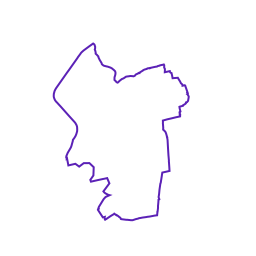 Haarlem, Noord-Holland, Netherlands, rotated 154°
{"feature_id": "6326949B1246311998557", "entity_name": "Haarlem", "entity_type": "district", "adm_level": 2, "iso_a3": "NLD", "parent_name": "Netherlands", "parent_adm1": "Noord-Holland", "projection": "robinson", "projection_center": [4.639, 52.384], "detail": "fine", "context": "isolated", "style": "outline", "palette": "violet", "viewbox_px": 256, "rotation_deg": 154, "n_neighbors": 0, "source": "geoboundaries", "source_scale": "gbopen_adm2", "svg_char_len": 5417}
<svg xmlns="http://www.w3.org/2000/svg" viewBox="0 0 256 256"><g transform="rotate(154 128 128)"><path d="M68.0,169.4L69.6,169.7L70.1,169.9L71.9,170.3L72.1,170.2L72.8,170.3L73.0,170.4L74.1,170.6L74.5,170.6L75.1,170.5L75.6,170.7L76.2,170.9L76.9,171.1L81.0,172.1L81.4,172.0L81.9,172.1L81.8,172.3L84.0,172.9L84.8,172.9L84.8,173.0L85.9,173.0L87.1,173.2L87.5,173.3L88.3,173.3L89.1,173.3L89.4,173.1L90.6,173.0L92.7,172.8L92.9,172.7L93.5,172.3L94.0,172.8L94.4,172.8L94.5,172.6L94.8,172.6L96.3,172.6L96.9,172.7L97.1,172.7L97.9,172.5L98.7,172.1L98.9,172.0L99.4,172.0L99.5,172.0L99.8,172.0L100.3,172.0L100.9,172.4L101.8,173.0L103.1,173.7L104.8,174.2L106.2,174.7L107.0,174.9L107.3,175.0L108.0,174.9L108.6,174.8L109.9,174.6L111.0,174.6L112.3,174.7L112.5,174.6L114.8,174.1L116.6,173.5L117.4,173.3L117.7,173.6L118.0,173.9L118.2,174.3L118.4,174.8L118.4,175.2L118.6,175.8L119.0,176.7L119.1,177.1L119.0,177.3L118.7,177.9L118.1,179.1L117.7,179.7L116.6,180.8L116.3,181.2L115.8,181.8L115.4,182.4L115.3,182.7L115.0,183.2L114.9,183.6L114.7,184.6L114.8,184.9L115.0,185.5L115.2,186.2L115.9,187.7L116.3,188.6L116.4,188.8L116.9,189.4L117.1,189.8L119.1,191.8L119.4,192.1L120.1,192.6L120.9,193.3L121.3,193.6L122.3,194.5L122.7,195.0L123.4,196.5L123.5,197.0L123.3,197.7L123.3,198.0L123.3,198.3L123.4,199.3L123.4,199.9L123.5,200.3L123.6,201.4L123.6,202.4L123.6,204.1L123.5,204.7L123.3,205.4L123.4,205.7L123.7,206.6L123.9,207.5L124.5,208.9L124.5,209.0L124.2,209.6L124.0,209.9L123.6,211.6L123.5,212.0L123.5,213.0L122.5,214.2L122.3,214.7L122.0,215.2L121.9,215.4L121.9,215.7L121.7,216.7L121.7,217.2L121.6,217.6L121.8,218.3L121.9,218.5L122.3,219.2L127.1,218.4L134.1,217.1L135.1,216.8L136.2,216.5L137.0,216.2L137.7,215.9L138.1,215.6L140.6,214.3L141.8,213.7L142.9,213.0L155.3,206.2L158.7,204.4L175.0,195.4L175.8,194.9L176.5,194.4L177.3,193.8L177.9,193.3L178.4,192.7L179.1,191.9L179.7,191.2L180.3,190.1L180.7,189.4L180.9,188.9L181.1,188.3L181.2,187.9L181.3,186.9L181.4,185.7L181.4,185.1L181.3,184.5L181.2,183.9L181.2,183.7L181.0,183.0L180.7,182.2L179.8,179.1L179.1,176.8L175.7,164.6L173.4,156.7L173.2,155.8L173.1,155.2L173.1,154.8L173.0,153.2L173.1,152.4L173.2,151.7L173.4,151.0L173.8,150.1L173.9,149.8L174.0,149.7L174.3,148.9L175.2,147.3L175.4,147.1L176.1,146.3L177.2,145.1L178.0,144.4L178.7,143.8L179.3,143.4L180.9,142.4L181.3,142.2L182.7,141.5L183.0,141.0L183.5,140.3L185.2,138.4L186.5,136.9L187.5,135.9L188.4,135.2L191.7,133.0L192.8,132.3L193.3,131.9L195.0,130.4L195.5,130.0L195.9,129.5L196.3,128.9L196.5,128.5L196.4,127.9L196.4,127.6L196.5,127.4L196.1,127.5L198.0,120.5L191.0,118.9L188.8,114.7L183.2,115.8L178.1,113.4L178.0,113.2L176.0,107.8L179.9,100.5L184.6,97.9L184.8,96.0L177.9,94.4L168.7,92.1L169.0,86.4L177.9,81.8L177.7,81.0L177.6,80.6L177.5,80.3L177.1,79.5L176.7,78.8L176.0,77.9L175.2,76.8L174.7,76.3L174.0,75.7L177.1,75.8L177.7,75.8L178.2,75.8L178.8,75.7L179.4,75.4L180.5,75.0L181.3,74.6L188.7,69.9L190.4,68.2L190.0,68.0L190.3,67.7L190.5,67.7L190.8,67.8L190.9,67.7L190.8,66.7L189.8,58.7L187.9,58.3L188.0,58.2L188.2,57.9L188.6,56.9L188.9,55.9L188.8,55.6L188.2,55.7L187.3,55.7L186.3,55.9L185.6,56.0L184.1,56.2L182.0,56.5L179.8,56.7L178.4,56.8L177.9,57.0L176.7,54.7L176.4,54.8L175.2,52.7L175.1,52.2L174.5,51.2L174.3,50.7L174.2,50.3L174.3,49.4L174.2,49.2L173.8,48.9L170.6,46.8L170.0,46.4L168.5,45.6L167.6,45.0L167.1,44.7L166.3,44.2L165.9,43.9L165.2,43.6L164.5,43.2L164.2,43.1L163.4,43.0L162.8,42.9L161.1,42.7L159.7,42.4L158.9,42.2L157.8,42.1L157.5,42.1L156.7,41.8L154.1,41.1L150.5,39.9L149.6,39.7L147.3,38.9L145.8,38.5L145.1,38.3L144.8,38.2L142.8,37.7L140.1,36.8L138.8,38.9L138.4,39.7L138.2,39.7L136.7,42.0L136.3,42.6L136.1,43.0L135.9,43.3L135.3,44.6L134.9,45.3L134.7,45.6L134.5,45.9L133.3,47.9L132.0,50.2L131.1,50.2L131.0,50.6L130.9,51.7L130.8,52.5L129.9,53.7L128.9,55.2L127.5,57.5L126.7,58.8L124.6,61.9L123.3,63.8L122.6,64.4L122.2,65.0L121.7,65.7L121.3,66.3L120.3,67.7L118.7,70.0L117.9,71.2L117.7,71.5L116.9,72.6L116.7,72.9L109.5,71.2L108.8,72.9L108.5,73.6L106.3,79.0L105.9,80.1L105.5,80.8L103.5,86.0L101.1,91.8L100.3,93.7L97.9,99.4L97.6,100.1L97.4,100.9L97.2,101.5L97.0,102.6L96.8,102.6L96.6,104.0L96.2,106.2L96.1,107.4L96.1,108.3L96.2,108.6L96.7,110.1L96.8,110.4L97.1,111.0L97.0,111.4L96.6,112.1L96.3,112.6L96.2,112.8L96.1,113.2L95.6,114.3L95.2,115.4L95.0,115.8L94.7,116.7L94.0,118.0L93.4,119.4L89.0,118.6L84.7,117.6L80.1,116.6L76.1,115.6L75.4,116.9L75.6,117.0L75.2,117.9L75.4,117.9L74.9,119.1L74.9,119.3L74.5,119.8L74.4,119.8L74.1,119.7L73.7,119.8L73.7,120.0L73.5,120.4L73.5,120.6L73.4,121.0L73.0,122.9L72.5,124.5L72.3,124.5L72.1,124.5L69.0,123.9L68.9,124.2L68.7,124.3L67.3,124.4L67.2,124.4L66.5,124.5L65.8,124.6L65.2,124.8L64.9,125.0L64.9,125.4L64.8,125.5L64.7,125.6L63.8,125.4L63.6,125.4L62.3,126.0L62.1,126.1L61.6,126.8L60.2,128.7L59.7,129.5L59.6,129.8L59.6,130.0L59.7,131.4L59.7,132.0L59.8,132.2L59.7,132.2L59.3,132.4L59.1,133.3L59.2,133.9L59.3,134.0L59.2,134.1L58.9,133.9L58.4,137.9L58.1,140.6L58.0,140.8L58.0,141.0L58.1,141.3L58.3,141.6L60.5,142.1L60.3,142.6L60.1,143.2L60.2,143.6L60.8,145.0L60.8,145.5L60.8,146.3L60.8,147.3L60.9,147.8L61.1,149.9L61.2,151.3L66.1,153.2L65.9,153.8L65.9,154.0L65.6,154.9L65.2,156.6L64.8,158.3L65.0,158.5L65.3,158.9L65.4,159.0L65.5,159.2L65.6,159.5L65.7,159.8L65.7,160.1L65.5,160.8L70.5,162.0L70.3,162.4L70.0,162.8L69.6,163.6L69.1,164.7L69.0,164.8L68.9,165.5L69.0,166.0L69.0,166.4L68.9,166.7L68.5,167.4L68.0,168.4L67.9,168.7L68.0,169.1L68.0,169.4Z" fill="none" stroke="#5b21b6" stroke-width="2"/></g></svg>